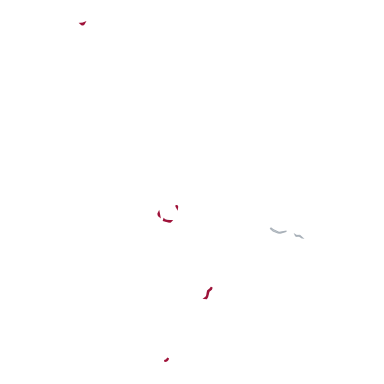 Railik Chain on a map of Marshall Islands (Robinson projection)
{"feature_id": "MHL-4968", "entity_name": "Railik Chain", "entity_type": "state/province", "adm_level": 1, "iso_a3": "MHL", "parent_name": "Marshall Islands", "parent_adm1": "", "projection": "robinson", "projection_center": [168.279, 8.142], "detail": "coarse", "context": "in_parent", "style": "outline", "palette": "rose", "viewbox_px": 384, "rotation_deg": 0, "n_neighbors": 0, "source": "natural_earth", "source_scale": "10m", "svg_char_len": 1334}
<svg xmlns="http://www.w3.org/2000/svg" viewBox="0 0 384 384"><path d="M273.3,229.6L279.0,232.3L286.5,231.0L285.3,231.8L282.5,232.6L280.6,233.2L279.4,233.2L277.9,233.0L273.1,231.1L270.4,228.7L271.0,227.9L273.3,229.6ZM207.2,296.6L206.3,298.2L205.2,298.1L206.2,296.9L206.9,295.3L207.9,290.7L210.2,289.1L211.7,287.2L211.3,289.2L208.9,291.2L207.2,296.6ZM294.8,234.3L296.5,235.4L299.8,235.3L302.9,238.1L301.7,237.9L300.0,236.7L298.5,236.2L296.5,236.4L295.5,235.9L294.8,234.3ZM170.9,220.9L170.2,221.7L165.9,221.2L163.9,220.2L164.1,219.5L167.5,220.2L170.9,220.9ZM83.6,24.1L82.4,24.4L81.5,24.0L82.1,23.4L83.5,23.3L84.0,23.4L83.6,24.1Z" fill="#d9dde1" stroke="#a8b0b8" stroke-width="1"/><path d="M205.2,298.1L206.4,297.2L207.0,296.1L207.4,294.6L207.7,292.2L208.1,290.9L210.2,289.2L211.7,287.3L211.1,289.1L208.6,291.1L207.2,296.7L206.3,298.2L205.2,298.1ZM166.7,220.9L170.9,221.0L170.2,221.7L169.1,221.7L163.9,220.3L164.1,219.6L164.7,220.2L166.7,220.9ZM84.2,23.0L83.7,23.9L82.9,24.5L81.9,24.4L81.1,23.7L82.7,23.6L84.2,23.0ZM159.4,216.0L158.9,215.6L158.5,214.7L158.4,213.7L158.8,212.9L159.4,216.0ZM164.4,361.0L166.6,360.1L168.1,358.1L167.7,359.4L166.9,360.3L165.8,360.9L164.4,361.0ZM177.0,207.3L177.1,206.8L176.8,206.4L175.7,206.2L176.3,206.0L177.0,206.2L177.2,206.8L177.1,207.5L177.0,207.3Z" fill="none" stroke="#9f1239" stroke-width="2"/></svg>